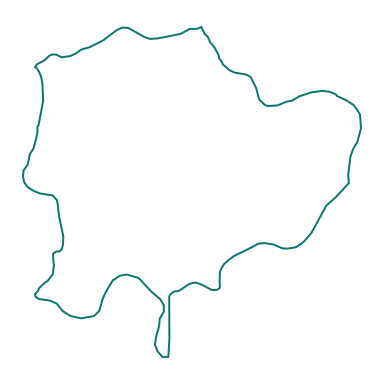 the district of San Martín Sacatepéquez, Quezaltenango, Guatemala
{"feature_id": "79465075B85200654086420", "entity_name": "San Martín Sacatepéquez", "entity_type": "district", "adm_level": 2, "iso_a3": "GTM", "parent_name": "Guatemala", "parent_adm1": "Quezaltenango", "projection": "mercator", "projection_center": [-91.669, 14.784], "detail": "fine", "context": "isolated", "style": "outline", "palette": "teal", "viewbox_px": 384, "rotation_deg": 0, "n_neighbors": 0, "source": "geoboundaries", "source_scale": "gbopen_adm2", "svg_char_len": 2000}
<svg xmlns="http://www.w3.org/2000/svg" viewBox="0 0 384 384"><path d="M163.7,356.9L168.3,356.9L169.4,339.6L169.2,296.9L169.7,295.2L171.2,293.8L172.8,292.3L174.4,291.4L177.3,291.2L179.9,290.3L188.1,284.7L192.5,282.9L196.0,282.7L199.4,283.7L202.8,285.2L211.4,289.8L214.4,290.1L217.0,289.7L218.5,289.1L219.6,287.9L219.9,285.5L219.6,282.2L219.9,272.1L221.8,267.8L224.0,264.2L229.1,259.7L233.9,256.1L252.8,246.8L258.1,243.7L265.0,243.1L273.2,244.5L282.4,248.3L287.0,248.6L292.1,247.9L295.7,247.3L300.5,244.2L304.1,241.4L311.5,232.8L326.3,205.6L335.3,197.7L341.7,190.8L348.8,183.1L348.2,174.6L350.5,156.3L353.2,149.0L357.4,141.8L361.0,128.3L360.0,114.3L356.2,108.5L353.6,105.1L349.9,102.6L346.3,100.3L336.9,95.9L335.9,94.3L329.5,91.7L322.2,90.9L310.9,92.5L299.6,96.2L292.3,100.5L286.2,101.8L277.6,105.4L267.6,106.1L264.7,104.8L259.2,99.5L256.2,88.2L250.8,77.3L246.5,74.6L234.7,72.6L229.5,70.2L222.8,64.4L221.9,62.1L218.9,58.1L219.0,56.2L214.9,48.1L209.8,41.7L208.1,37.2L204.5,33.6L201.3,27.0L197.4,28.8L189.8,28.9L180.9,33.7L170.7,35.9L157.8,38.4L150.2,38.9L144.7,37.2L128.4,28.0L122.7,27.5L119.7,28.8L116.6,30.1L103.3,40.3L89.8,47.1L81.3,49.6L75.8,53.5L70.0,56.1L61.9,57.3L55.7,54.5L51.9,54.6L49.2,55.8L44.1,60.6L37.3,64.1L35.0,66.9L36.8,68.2L38.9,71.5L40.6,75.4L41.5,78.6L42.5,84.1L42.5,86.8L43.2,100.6L38.6,124.9L37.4,126.8L37.4,133.1L33.6,148.3L29.9,154.1L27.8,164.4L23.5,170.6L23.0,176.3L24.0,181.9L27.7,187.1L33.5,190.8L40.2,193.5L52.6,195.4L56.9,200.1L57.6,203.5L59.0,215.9L63.3,236.5L63.0,244.8L61.4,249.9L59.3,251.4L56.2,251.5L53.0,254.0L53.2,258.9L53.9,265.1L52.9,274.0L47.7,280.9L44.5,282.9L38.7,288.6L38.4,290.3L35.1,294.1L35.5,296.7L39.2,299.1L50.1,300.6L56.8,303.7L62.7,311.1L70.5,316.0L81.0,318.3L94.0,316.1L99.3,310.8L102.9,298.3L106.2,291.2L112.9,280.2L114.9,279.1L119.9,275.7L126.7,274.5L138.7,278.0L151.2,291.5L160.3,299.3L163.8,305.3L163.8,311.7L159.7,318.7L159.2,325.7L156.0,337.3L155.0,344.9L157.6,351.4L162.5,357.0L163.7,356.9Z" fill="none" stroke="#0f766e" stroke-width="2"/></svg>